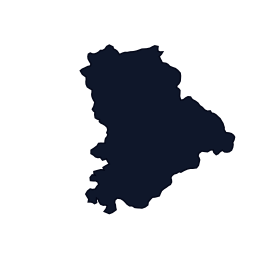 outline of Belo Vale, Minas Gerais, Brazil, rotated 231°
{"feature_id": "56859067B69751783454408", "entity_name": "Belo Vale", "entity_type": "district", "adm_level": 2, "iso_a3": "BRA", "parent_name": "Brazil", "parent_adm1": "Minas Gerais", "projection": "robinson", "projection_center": [-44.059, -20.405], "detail": "fine", "context": "isolated", "style": "filled", "palette": "ink", "viewbox_px": 256, "rotation_deg": 231, "n_neighbors": 0, "source": "geoboundaries", "source_scale": "gbopen_adm2", "svg_char_len": 3120}
<svg xmlns="http://www.w3.org/2000/svg" viewBox="0 0 256 256"><g transform="rotate(231 128 128)"><path d="M104.4,56.8L103.2,53.6L100.1,53.1L97.4,52.8L95.6,50.6L94.3,52.2L92.6,53.7L90.3,54.4L89.8,56.7L91.7,57.8L93.3,59.4L91.0,60.0L89.3,59.2L86.1,58.8L83.6,60.2L82.3,62.2L80.4,62.8L78.8,59.9L78.1,57.0L75.6,58.4L73.3,59.6L72.3,62.6L72.1,65.2L72.0,67.3L74.2,68.4L76.3,69.8L78.4,70.5L80.2,72.4L80.4,75.5L77.7,78.0L74.7,79.0L72.0,79.3L69.5,79.4L66.5,80.3L64.9,82.4L62.0,83.3L60.0,85.3L58.6,86.9L57.0,88.5L55.9,91.7L55.8,94.9L57.8,97.1L58.6,100.8L58.9,103.4L57.5,105.4L56.4,107.7L55.6,109.6L57.0,112.1L58.2,114.6L58.3,117.5L58.0,120.3L57.9,123.3L57.5,125.4L58.6,127.8L60.5,129.1L62.4,129.9L63.4,132.1L63.4,134.9L62.3,137.4L62.0,140.2L60.4,141.3L59.8,144.9L58.8,148.5L57.5,151.1L55.9,153.1L54.0,156.2L54.7,159.2L56.5,161.5L58.2,163.6L60.0,164.3L62.1,164.6L63.8,167.0L63.7,170.8L61.4,173.0L59.5,174.9L59.0,178.5L57.5,180.4L54.9,179.4L51.8,179.8L51.3,182.0L51.7,184.1L51.4,187.3L48.6,188.1L46.9,189.9L45.9,191.8L45.7,194.5L47.1,197.1L49.0,199.2L50.9,200.3L52.1,202.9L53.9,205.1L55.9,205.4L58.5,204.8L60.5,203.4L62.8,201.1L66.4,201.7L68.0,203.1L69.9,203.8L71.8,204.6L74.8,205.0L77.3,205.4L79.8,205.0L83.0,204.6L85.3,203.7L87.0,202.3L89.5,202.7L91.1,200.2L93.8,198.9L97.2,198.7L100.2,197.8L103.4,198.0L106.5,197.2L108.7,196.2L110.6,195.8L112.7,196.1L114.5,194.3L115.0,192.1L115.1,188.7L116.4,186.5L118.4,187.2L120.3,188.1L122.3,190.0L124.6,192.0L126.8,192.0L128.9,191.2L130.3,192.8L130.5,195.4L131.7,198.1L133.6,199.9L135.5,201.6L137.9,203.1L141.5,202.9L144.4,202.2L146.6,200.8L149.6,199.2L152.3,199.0L154.3,198.2L155.7,196.9L157.2,195.6L159.4,196.2L161.2,196.5L164.0,197.3L164.4,200.3L165.3,202.9L167.0,200.6L168.8,199.7L170.6,200.7L172.4,202.6L175.0,200.5L175.7,197.9L176.1,195.4L177.7,192.3L179.2,190.2L180.5,188.4L181.3,186.0L182.2,183.5L183.1,181.6L184.1,179.8L185.7,177.6L187.1,174.9L188.6,173.2L189.6,170.8L190.4,167.6L192.6,167.7L194.4,167.9L196.5,167.4L198.7,166.4L200.5,167.3L202.5,166.4L204.2,165.6L204.7,162.8L203.8,159.7L204.2,157.1L205.6,155.4L205.4,153.0L205.8,150.6L206.7,148.3L208.2,146.7L210.0,145.8L210.3,143.7L208.8,141.9L206.8,140.6L203.7,140.0L201.0,139.7L199.9,137.7L201.1,135.3L201.8,132.1L202.5,129.5L202.5,127.0L200.6,126.7L198.5,126.4L196.2,127.0L194.0,127.6L192.0,126.2L190.4,124.5L188.4,123.1L185.6,122.3L182.9,123.1L180.3,124.2L178.4,122.7L177.1,121.2L175.5,120.1L173.7,119.4L171.3,118.8L168.9,118.6L167.5,116.7L166.2,115.0L165.0,112.1L163.0,111.9L161.2,112.4L159.3,110.6L156.6,109.0L154.3,109.8L152.5,111.2L150.9,109.8L149.0,110.1L147.0,111.1L144.4,112.0L141.6,112.3L139.1,111.1L137.6,108.5L135.6,108.4L134.4,106.4L134.0,104.1L132.7,102.4L130.7,100.5L131.9,98.8L133.3,97.3L134.5,95.4L133.5,92.8L133.6,89.1L134.0,85.4L131.4,83.2L128.4,84.3L126.1,84.6L124.0,86.0L122.7,88.1L119.1,88.0L117.6,91.8L115.0,91.2L111.8,90.9L112.6,86.7L113.0,83.8L110.4,83.0L112.7,80.6L114.1,77.5L115.6,74.1L113.9,72.9L112.0,72.7L114.1,70.7L113.3,67.4L110.8,65.8L109.2,67.4L107.2,69.8L104.9,70.6L102.5,69.7L102.1,67.0L101.1,64.1L102.5,61.6L104.4,60.2L104.4,56.8Z" fill="#0f172a" stroke="#020617" stroke-width="1.5"/></g></svg>